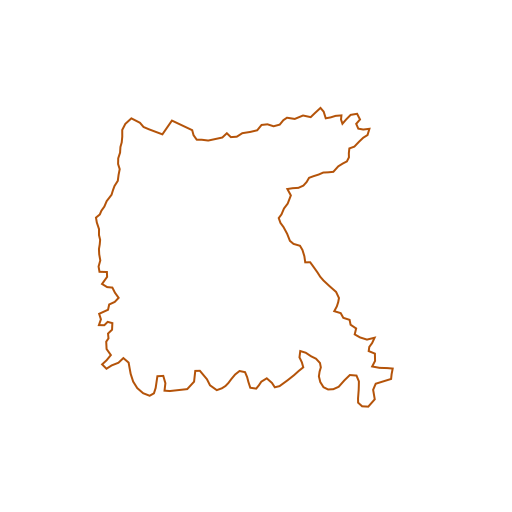 the district of Frederico Westphalen, Rio Grande do Sul, Brazil, rotated 113°
{"feature_id": "56859067B29549257615532", "entity_name": "Frederico Westphalen", "entity_type": "district", "adm_level": 2, "iso_a3": "BRA", "parent_name": "Brazil", "parent_adm1": "Rio Grande do Sul", "projection": "natural_earth1", "projection_center": [-53.359, -27.324], "detail": "fine", "context": "isolated", "style": "outline", "palette": "amber", "viewbox_px": 512, "rotation_deg": 113, "n_neighbors": 0, "source": "geoboundaries", "source_scale": "gbopen_adm2", "svg_char_len": 3046}
<svg xmlns="http://www.w3.org/2000/svg" viewBox="0 0 512 512"><g transform="rotate(113 256 256)"><path d="M414.0,282.6L405.4,267.3L395.9,263.9L389.9,265.7L385.5,267.0L383.6,262.8L386.0,258.1L388.6,253.0L393.0,247.8L394.8,239.7L391.1,235.7L387.6,233.3L383.7,231.8L378.8,230.6L373.2,228.9L368.3,226.2L367.2,220.7L371.0,216.8L374.9,213.8L379.5,209.8L378.0,204.0L373.8,202.8L369.6,202.0L364.4,198.3L366.6,191.7L369.5,187.4L366.6,183.5L358.1,178.4L350.8,174.4L345.0,171.7L340.0,169.0L336.0,172.2L332.3,176.4L326.2,178.1L325.6,172.4L326.8,166.1L327.1,160.6L329.5,155.3L333.2,152.8L337.6,152.3L342.2,151.1L346.9,147.6L350.4,142.6L350.7,137.5L348.4,132.8L344.1,128.8L335.8,126.0L328.9,123.1L326.8,116.8L331.2,112.3L335.4,110.6L339.3,109.1L347.3,106.4L351.1,104.7L352.9,99.6L350.8,93.8L341.5,90.7L333.4,95.9L326.8,95.9L316.4,83.6L311.8,85.0L306.2,86.2L307.9,91.4L310.7,98.6L312.3,105.9L306.1,105.4L299.4,108.4L299.5,115.1L295.4,116.2L290.8,115.1L284.9,114.9L289.6,121.2L290.3,128.4L289.6,134.5L283.6,135.5L282.3,142.1L278.2,144.9L278.8,151.5L275.5,155.7L276.2,162.4L270.8,161.9L266.4,162.3L262.3,163.2L257.8,168.2L254.9,176.9L252.2,184.3L250.0,188.8L247.1,193.0L243.9,198.2L240.6,203.7L242.6,208.2L237.3,211.4L232.3,215.6L229.4,219.5L230.2,226.2L228.8,230.7L223.4,236.0L218.6,242.0L216.0,246.4L212.2,249.9L207.8,248.8L201.3,248.8L195.4,247.3L186.6,247.6L182.1,253.3L179.3,248.8L176.7,243.6L172.7,239.9L168.1,238.3L163.3,237.7L160.1,234.3L156.5,230.1L152.9,226.7L150.9,222.5L148.3,217.7L141.3,215.3L136.9,212.2L133.4,209.3L128.9,209.0L125.1,210.7L120.5,212.1L116.9,208.2L110.3,205.7L105.2,203.5L101.1,200.6L94.6,201.3L97.7,206.7L98.8,211.6L95.2,215.4L89.7,213.6L85.6,218.5L89.1,224.0L95.2,226.4L100.5,228.1L97.1,231.1L93.2,232.3L95.9,237.5L99.2,241.4L102.0,245.6L96.7,250.1L94.5,254.5L101.6,257.7L106.8,259.9L108.3,267.6L114.7,273.9L116.6,281.5L120.3,283.9L125.8,285.5L129.7,290.5L130.3,296.9L133.2,302.1L139.8,304.0L144.0,309.7L148.3,316.6L153.7,320.3L156.4,325.6L154.4,330.8L160.1,333.3L164.9,340.1L168.4,345.1L170.1,351.1L172.1,356.0L169.2,360.7L165.1,363.9L164.2,386.3L180.6,389.7L180.9,396.8L181.2,404.1L181.2,409.9L178.7,414.9L178.0,424.5L185.4,427.9L192.2,428.4L198.5,425.7L203.9,424.0L208.6,423.4L214.0,421.5L219.9,421.0L225.2,418.9L229.3,415.4L235.0,414.2L240.8,412.6L246.8,413.6L251.1,413.4L256.1,412.9L263.8,414.9L269.8,414.9L274.7,416.0L278.8,416.0L283.2,418.3L287.4,415.6L292.6,411.0L298.1,408.7L302.0,405.8L306.3,404.4L310.9,403.3L315.7,401.0L320.9,397.6L327.2,396.8L331.7,393.9L329.0,387.0L333.4,384.9L341.9,386.8L342.8,380.9L341.2,375.9L344.9,371.5L348.2,366.1L353.5,368.1L358.0,372.2L363.3,371.2L370.5,377.8L374.9,374.0L381.0,373.6L379.0,368.6L374.6,366.8L373.9,362.0L380.1,359.7L385.2,361.9L389.5,359.6L393.4,360.4L400.0,357.2L403.9,350.9L410.4,352.8L415.9,355.3L418.2,349.6L413.1,346.1L408.0,340.9L401.8,338.2L403.9,331.6L407.9,329.0L413.5,325.3L419.6,320.0L424.0,313.7L426.4,306.3L426.2,299.3L422.3,296.3L416.7,296.8L405.2,299.8L402.6,294.5L408.5,289.7L415.7,287.6L414.0,282.6Z" fill="none" stroke="#b45309" stroke-width="2"/></g></svg>